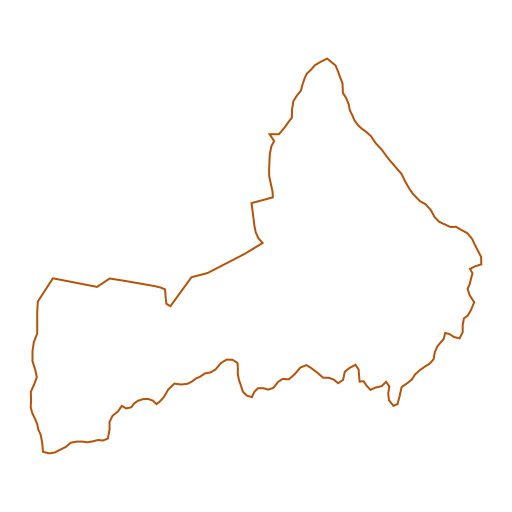 São José do Jacuípe, Bahia, Brazil (Equal Earth projection)
{"feature_id": "56859067B82221409109894", "entity_name": "São José do Jacuípe", "entity_type": "district", "adm_level": 2, "iso_a3": "BRA", "parent_name": "Brazil", "parent_adm1": "Bahia", "projection": "equal_earth", "projection_center": [-39.906, -11.422], "detail": "fine", "context": "isolated", "style": "outline", "palette": "amber", "viewbox_px": 512, "rotation_deg": 0, "n_neighbors": 0, "source": "geoboundaries", "source_scale": "gbopen_adm2", "svg_char_len": 2684}
<svg xmlns="http://www.w3.org/2000/svg" viewBox="0 0 512 512"><path d="M288.9,379.3L294.7,374.2L300.3,367.6L306.4,365.1L310.5,367.6L316.9,372.3L323.1,377.7L329.1,377.8L334.1,379.8L338.1,383.2L343.1,379.8L344.8,371.7L349.6,367.9L355.5,364.8L358.6,369.4L359.1,376.0L359.6,381.6L363.6,381.2L366.3,385.3L370.4,389.9L375.3,387.6L381.6,386.2L386.1,381.8L389.3,386.4L388.2,393.4L389.0,400.3L393.4,405.8L397.5,404.1L399.7,395.8L401.6,387.1L407.2,383.2L411.9,379.5L414.9,374.6L420.5,369.6L425.5,366.2L429.5,363.9L433.6,359.2L434.7,352.6L437.3,346.5L440.3,342.8L443.7,338.9L445.2,333.0L449.1,333.9L454.0,337.0L459.6,338.4L462.7,332.1L462.7,324.8L463.9,318.5L467.8,315.5L470.8,310.4L474.2,302.3L469.5,295.0L467.6,288.9L469.7,284.0L471.1,278.3L472.5,273.3L470.0,268.9L475.1,266.3L481.3,264.4L481.1,256.9L474.9,244.9L472.1,238.9L467.2,233.1L461.2,229.9L456.0,226.8L450.5,227.0L445.4,224.7L439.2,221.8L434.5,217.0L430.9,210.2L425.4,204.1L419.8,201.1L412.8,193.7L409.2,188.5L405.0,181.1L401.4,173.8L397.3,169.1L394.1,165.3L389.6,160.2L385.2,154.4L381.6,149.5L375.6,143.1L371.2,136.4L366.4,132.0L361.8,128.7L358.2,125.4L354.5,120.5L352.6,115.9L349.8,110.2L348.7,104.3L346.3,98.3L342.9,93.0L342.5,83.2L339.9,76.8L338.1,71.6L335.6,65.5L331.3,62.0L327.2,58.6L320.7,61.8L314.8,65.3L310.8,69.9L306.8,73.6L304.4,78.9L302.4,84.9L300.9,90.7L297.1,95.3L293.4,101.1L292.0,109.8L291.9,117.6L288.9,121.4L285.0,127.0L279.0,134.2L274.0,134.2L269.6,134.2L274.1,141.1L271.3,146.4L269.8,154.4L269.1,169.1L269.2,176.1L270.9,184.1L272.6,192.0L272.8,197.4L251.5,203.1L252.8,212.8L253.8,220.9L254.5,226.4L255.8,232.5L258.4,238.3L262.6,243.0L244.6,253.9L207.6,273.0L191.5,277.2L170.4,306.2L166.4,303.8L165.6,297.1L165.1,289.4L160.6,287.5L154.6,286.1L124.3,280.8L109.6,278.5L97.1,286.9L52.9,278.3L37.8,301.6L37.2,312.7L37.2,333.5L33.8,342.2L32.5,351.2L32.5,361.3L35.3,369.9L36.8,377.2L34.4,383.8L30.8,391.9L31.1,400.4L30.7,407.0L32.2,413.0L35.1,418.9L37.3,424.4L38.3,429.6L40.7,434.8L42.2,442.9L43.0,451.8L49.5,453.4L54.7,452.5L59.4,450.1L65.8,446.9L70.8,442.7L76.8,441.6L82.7,441.6L86.9,442.3L92.5,441.4L98.2,440.0L103.0,440.5L107.9,438.5L109.6,429.2L109.5,422.0L112.6,415.7L118.1,411.3L121.8,405.8L126.0,408.4L131.3,407.3L134.2,403.3L137.8,400.9L143.2,399.1L148.1,398.9L152.8,400.6L156.5,404.1L160.1,401.2L163.8,397.2L168.2,389.6L174.4,383.6L181.1,384.5L187.5,383.8L191.8,381.6L195.8,378.6L200.3,376.6L204.9,373.4L210.3,372.5L215.4,369.6L221.0,363.0L226.6,359.6L232.6,359.8L237.5,363.0L237.9,368.5L237.8,374.0L238.9,379.8L241.2,386.4L242.9,391.7L247.2,395.8L251.9,397.1L254.3,391.9L258.0,388.2L263.4,388.2L268.3,389.6L273.3,387.9L278.2,381.8L282.7,379.0L288.9,379.3Z" fill="none" stroke="#b45309" stroke-width="2"/></svg>